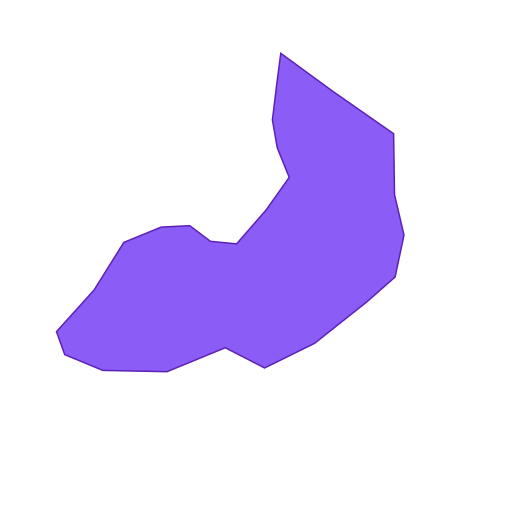 Avlona, Nicosia, Cyprus (Albers equal-area conic projection), rotated 302°
{"feature_id": "46923920B38965206429869", "entity_name": "Avlona", "entity_type": "district", "adm_level": 2, "iso_a3": "CYP", "parent_name": "Cyprus", "parent_adm1": "Nicosia", "projection": "albers", "projection_center": [33.1, 35.159], "detail": "fine", "context": "isolated", "style": "filled", "palette": "violet", "viewbox_px": 512, "rotation_deg": 302, "n_neighbors": 0, "source": "geoboundaries", "source_scale": "gbopen_adm2", "svg_char_len": 491}
<svg xmlns="http://www.w3.org/2000/svg" viewBox="0 0 512 512"><g transform="rotate(302 256 256)"><path d="M71.0,146.1L77.8,186.7L110.7,241.8L161.9,278.5L165.6,322.6L213.1,352.0L275.3,374.1L311.9,385.1L352.2,370.4L381.4,341.0L432.6,307.9L436.3,234.4L441.0,169.6L415.2,181.4L380.1,197.8L359.0,216.7L340.3,242.5L300.5,240.2L256.0,233.1L244.3,209.6L246.6,183.7L230.2,160.2L197.5,136.7L169.4,136.7L141.3,136.7L86.1,126.9L71.0,146.1Z" fill="#8b5cf6" stroke="#5b21b6" stroke-width="1.5"/></g></svg>